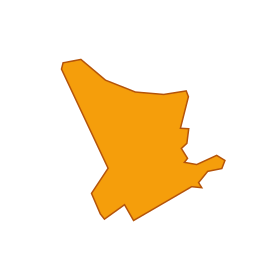 the district of Trousdale, Tennessee, United States of America, rotated 238°
{"feature_id": "52423323B18909606925754", "entity_name": "Trousdale", "entity_type": "district", "adm_level": 2, "iso_a3": "USA", "parent_name": "United States of America", "parent_adm1": "Tennessee", "projection": "mercator", "projection_center": [-86.184, 36.391], "detail": "fine", "context": "isolated", "style": "filled", "palette": "amber", "viewbox_px": 256, "rotation_deg": 238, "n_neighbors": 0, "source": "geoboundaries", "source_scale": "gbopen_adm2", "svg_char_len": 493}
<svg xmlns="http://www.w3.org/2000/svg" viewBox="0 0 256 256"><g transform="rotate(238 128 128)"><path d="M69.8,59.0L63.2,59.7L64.8,84.4L46.6,83.7L44.5,150.9L38.3,158.9L44.3,158.9L49.0,172.6L43.9,186.1L49.1,193.0L57.8,188.7L60.6,166.9L69.0,157.6L70.7,162.4L82.4,162.4L83.8,169.8L95.2,179.1L100.0,172.3L122.5,195.8L128.6,197.0L137.5,176.1L154.6,153.3L180.4,134.3L211.1,124.4L217.7,107.5L213.2,102.8L104.4,89.8L91.9,62.4L69.8,59.0Z" fill="#f59e0b" stroke="#b45309" stroke-width="1.5"/></g></svg>